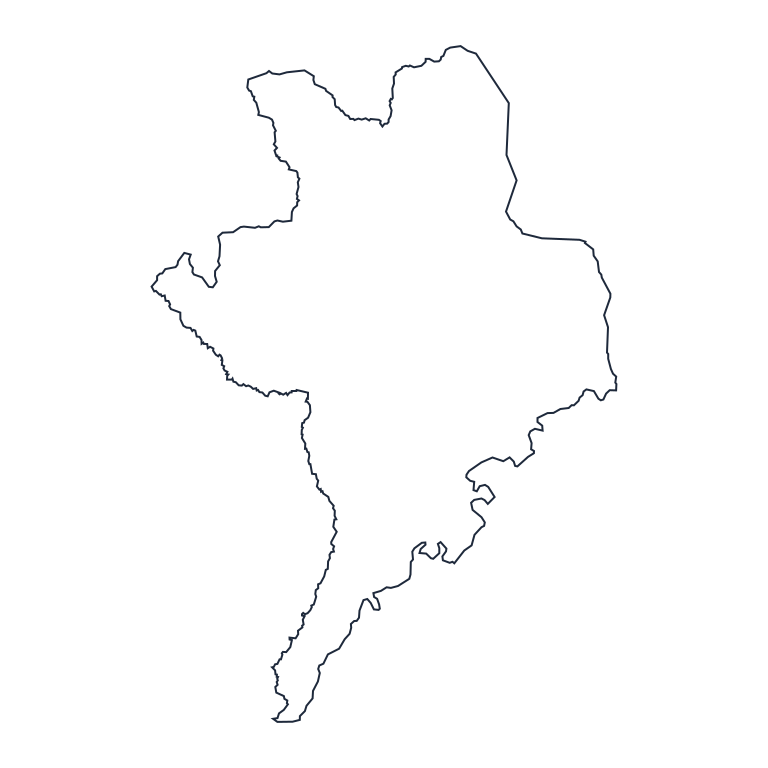 Kasama, Northern, Zambia (Natural Earth projection)
{"feature_id": "96606910B49131847475849", "entity_name": "Kasama", "entity_type": "district", "adm_level": 2, "iso_a3": "ZMB", "parent_name": "Zambia", "parent_adm1": "Northern", "projection": "natural_earth1", "projection_center": [30.808, -10.551], "detail": "fine", "context": "isolated", "style": "outline", "palette": "slate", "viewbox_px": 768, "rotation_deg": 0, "n_neighbors": 0, "source": "geoboundaries", "source_scale": "gbopen_adm2", "svg_char_len": 6078}
<svg xmlns="http://www.w3.org/2000/svg" viewBox="0 0 768 768"><path d="M273.1,718.8L277.4,721.9L292.6,721.7L299.8,719.9L299.9,716.1L304.9,711.1L306.5,705.8L312.6,698.4L313.0,690.9L317.9,681.5L319.8,673.0L318.2,669.0L319.3,665.5L323.4,663.7L327.9,654.4L339.1,648.7L344.7,639.2L349.6,633.8L351.2,627.8L350.9,624.0L354.2,621.0L356.7,620.9L359.0,617.7L359.5,610.6L363.5,600.1L367.3,599.0L370.7,602.9L373.9,609.4L378.6,609.9L379.8,608.7L379.1,604.4L377.1,598.8L374.1,597.0L373.4,593.1L380.9,590.9L386.6,587.3L390.9,587.9L398.0,586.0L409.3,578.8L410.5,574.5L410.8,562.0L413.0,559.5L412.3,551.7L414.4,548.3L421.8,542.8L425.3,542.5L425.5,544.7L420.7,549.0L419.5,553.0L426.2,553.6L430.9,558.2L433.2,558.8L439.3,553.2L439.3,548.1L437.9,543.9L440.6,542.1L446.4,548.6L446.0,551.4L442.4,556.4L442.9,560.3L449.7,562.8L452.5,561.8L454.3,563.3L464.3,550.5L471.6,545.4L474.5,534.8L481.5,527.2L484.1,525.9L484.8,522.4L481.5,517.2L472.6,509.9L471.1,502.8L474.2,499.9L481.5,498.5L484.6,500.1L487.8,503.9L494.6,497.0L488.2,486.9L485.0,484.9L479.7,486.2L476.8,491.3L473.5,490.1L474.2,481.8L470.2,480.8L466.3,477.3L466.5,474.7L469.0,471.0L481.4,462.4L492.5,457.5L503.3,461.2L509.6,457.4L513.8,461.6L515.1,465.9L517.4,466.4L528.0,456.9L533.9,453.2L534.0,451.0L531.1,449.3L531.6,443.1L528.7,435.1L530.3,431.4L534.9,428.8L542.6,430.6L542.2,425.6L537.5,422.0L537.5,418.0L547.5,413.1L553.5,412.9L560.4,409.0L568.7,408.0L571.6,405.2L573.9,405.3L578.6,400.8L579.6,397.6L582.6,395.2L583.6,391.5L586.4,389.4L593.9,391.1L598.4,398.7L600.8,400.3L603.4,399.5L606.1,393.6L609.7,390.2L616.1,390.4L616.4,384.0L615.3,382.6L616.2,376.6L613.0,373.7L610.9,369.0L608.2,358.8L608.2,354.0L607.0,352.6L608.0,327.2L604.1,315.2L610.3,297.5L610.4,293.7L601.8,277.6L601.3,274.6L599.0,272.0L597.7,261.4L593.7,255.7L593.2,249.4L584.9,243.0L585.5,241.7L579.5,239.8L541.9,238.3L522.4,233.5L520.8,229.5L516.6,226.4L513.4,221.3L510.2,219.5L506.0,211.6L516.6,180.4L506.5,155.0L508.8,103.1L476.0,53.6L467.6,50.8L460.6,46.1L450.2,47.6L445.8,49.9L443.4,55.9L441.2,57.0L440.7,59.6L438.9,61.3L434.2,61.6L429.4,58.9L425.7,58.9L425.6,61.8L421.4,65.8L414.0,67.3L409.9,65.5L408.7,66.5L405.8,65.8L402.1,67.1L401.9,68.5L395.6,72.4L395.7,74.5L393.7,76.9L394.0,83.6L392.3,88.5L392.8,98.0L391.8,99.4L390.8,98.9L389.6,101.1L390.7,102.9L389.7,105.3L391.6,110.3L390.6,116.1L388.6,119.5L388.6,122.0L387.2,123.6L384.5,123.8L382.4,126.5L380.1,123.2L380.7,121.1L378.9,119.8L370.6,119.0L369.2,120.5L365.7,118.3L361.7,119.6L358.4,118.6L354.5,120.1L353.4,118.9L350.2,119.0L348.4,115.9L345.4,115.1L342.3,110.7L341.2,111.0L338.5,107.5L336.2,107.0L335.1,105.0L334.7,99.2L332.5,97.0L332.6,95.4L326.1,90.9L325.4,88.8L314.8,84.2L313.4,80.0L313.8,76.2L304.5,70.4L286.9,72.3L279.5,74.4L272.3,73.5L269.0,71.0L266.4,73.2L248.3,79.5L247.3,87.5L249.1,90.6L250.9,91.2L252.7,96.3L254.3,96.7L253.8,99.9L256.3,102.7L258.9,112.1L258.3,114.9L268.8,117.7L272.0,119.6L273.4,122.9L273.0,125.3L275.8,130.8L274.6,132.3L275.4,141.5L273.8,144.3L277.0,147.9L274.5,150.5L276.0,155.0L277.1,155.4L276.6,156.3L279.5,157.5L278.7,158.5L280.6,160.8L285.9,161.6L289.5,167.2L288.8,169.4L296.3,171.1L297.4,172.6L297.9,177.3L299.4,178.7L297.8,182.3L298.5,187.0L296.6,194.0L297.6,196.1L296.9,198.9L299.0,200.4L297.2,202.2L297.1,205.5L293.6,208.3L291.9,212.0L291.4,220.7L282.9,221.7L277.4,220.5L274.4,221.4L268.8,227.1L260.8,227.3L258.8,226.3L255.0,227.8L243.9,226.6L240.5,227.1L233.1,232.2L222.5,232.7L218.2,236.5L220.1,244.7L219.5,256.3L218.0,261.3L219.8,265.2L215.1,271.0L215.0,276.0L216.7,281.8L212.8,287.3L208.8,286.8L202.1,277.4L193.9,274.5L192.4,272.1L192.9,267.7L189.9,264.0L189.0,259.3L190.7,254.6L184.3,252.9L178.1,261.2L177.5,264.7L175.6,267.1L165.3,269.1L162.3,273.4L159.9,273.7L157.1,276.2L157.1,280.2L151.6,286.6L154.2,291.4L155.9,290.9L159.5,294.6L160.8,294.3L161.7,296.2L164.7,295.5L165.6,300.8L168.5,301.0L170.1,304.4L169.2,306.1L170.9,309.1L180.3,312.6L180.4,319.3L183.4,325.8L186.5,327.6L190.5,327.9L192.3,331.0L193.6,329.9L195.3,330.6L196.7,336.5L199.6,336.9L201.5,340.0L201.6,343.8L203.3,342.6L203.8,343.9L207.2,344.0L207.8,348.2L210.1,346.8L213.4,348.5L213.1,350.7L215.8,354.7L218.2,356.3L219.5,354.7L220.6,355.4L222.1,358.3L221.4,360.1L222.4,360.3L221.8,364.9L224.2,366.2L223.4,368.4L224.6,370.5L227.4,371.8L226.2,374.1L228.3,374.5L227.2,375.8L227.0,379.6L231.8,379.6L232.5,378.6L233.4,381.7L235.8,382.2L238.7,385.3L241.8,385.6L243.4,384.1L246.1,386.2L248.3,385.5L250.8,386.7L253.1,388.9L256.2,388.2L256.7,390.5L258.1,390.0L259.4,392.1L262.4,392.5L265.2,395.7L267.7,396.3L269.5,392.3L273.8,390.7L279.3,392.7L278.7,393.5L279.6,394.3L281.0,393.5L283.2,394.7L286.1,392.9L287.5,395.1L289.6,392.5L291.6,392.4L291.7,391.0L296.4,391.0L296.6,390.0L308.0,392.7L307.9,398.7L307.0,398.4L305.7,401.6L307.4,401.8L309.9,405.2L310.4,412.2L308.1,417.7L304.6,420.2L304.0,422.6L302.2,423.1L301.8,427.0L302.9,427.7L301.8,429.9L301.6,434.3L302.6,434.6L301.9,438.0L305.3,443.5L305.0,448.8L306.3,448.6L307.4,452.0L308.7,452.3L309.3,455.8L308.3,461.0L309.3,464.1L310.4,464.1L312.1,473.8L315.9,474.2L316.7,478.7L318.2,480.6L316.9,486.4L319.4,489.6L320.7,489.0L321.1,491.8L322.5,491.2L323.2,493.5L328.3,496.9L329.4,500.9L333.7,505.8L333.0,508.2L334.8,510.7L334.6,515.8L336.3,519.3L334.4,519.6L333.3,526.8L336.7,531.8L331.2,542.1L331.3,544.0L334.1,546.3L333.1,549.0L333.9,551.6L331.2,552.1L329.5,554.8L329.9,558.2L328.1,561.4L327.8,568.9L325.8,569.9L324.2,576.4L320.5,583.3L318.1,584.3L318.2,588.3L315.8,590.1L315.3,594.0L316.2,596.7L313.8,604.5L311.3,605.6L311.8,607.1L310.3,610.2L307.6,613.2L304.9,614.2L303.2,612.9L302.0,614.1L302.0,615.5L304.6,616.2L302.8,619.7L303.6,624.5L302.1,625.7L302.4,627.4L298.0,630.7L298.2,634.2L295.6,638.3L289.5,637.6L289.6,639.5L291.9,640.1L290.3,647.1L286.2,652.1L282.9,651.9L281.8,653.3L282.4,654.6L281.0,659.3L279.6,659.3L277.4,663.9L275.1,664.3L273.8,666.9L272.1,667.3L275.1,670.4L275.5,674.3L276.9,674.6L276.7,676.8L278.0,677.0L277.2,678.8L277.8,680.4L276.7,682.0L277.6,684.8L275.3,687.0L276.3,692.6L283.9,696.1L284.4,698.8L287.3,700.5L286.9,703.2L287.9,704.3L283.8,709.9L279.0,713.4L277.5,718.1L273.1,718.8Z" fill="none" stroke="#1e293b" stroke-width="2"/></svg>